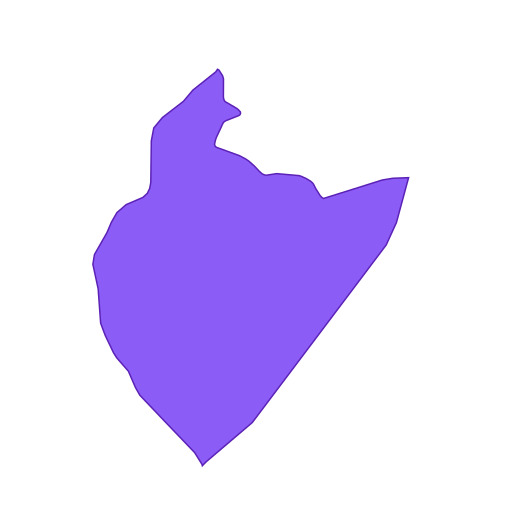 an SVG outline of Tozeur, rotated 346°
{"feature_id": "TUN-101", "entity_name": "Tozeur", "entity_type": "Governorate", "adm_level": 1, "iso_a3": "TUN", "parent_name": "Tunisia", "parent_adm1": "", "projection": "mercator", "projection_center": [7.997, 33.974], "detail": "fine", "context": "isolated", "style": "filled", "palette": "violet", "viewbox_px": 512, "rotation_deg": 346, "n_neighbors": 0, "source": "natural_earth", "source_scale": "10m", "svg_char_len": 1101}
<svg xmlns="http://www.w3.org/2000/svg" viewBox="0 0 512 512"><g transform="rotate(346 256 256)"><path d="M153.2,446.5L153.2,445.1L148.9,431.9L127.4,394.3L109.6,363.0L107.2,354.4L104.3,336.9L96.2,321.1L94.3,315.3L90.5,296.7L89.0,283.6L94.9,249.6L95.7,224.6L99.6,215.5L105.7,209.1L117.0,197.3L123.9,188.2L131.6,180.2L142.5,174.7L160.4,171.8L165.7,168.9L169.2,164.7L171.7,159.2L182.3,118.9L187.8,107.0L198.7,99.0L223.1,88.3L234.8,79.8L261.5,67.6L263.8,65.5L265.0,66.6L267.2,73.0L267.3,76.3L262.8,94.0L262.7,96.6L263.3,98.6L273.2,108.3L274.3,109.8L275.7,112.4L275.5,113.9L274.7,115.0L273.3,115.6L259.8,117.4L258.5,117.7L257.3,118.2L256.0,119.3L246.0,131.7L244.5,134.1L242.8,137.6L242.9,139.5L243.8,140.9L264.3,154.7L269.6,159.5L272.0,162.2L276.1,168.2L279.5,174.3L281.8,177.7L283.1,178.8L284.4,179.7L285.6,180.1L296.1,181.1L317.2,188.4L318.9,189.4L323.6,193.1L327.3,196.9L328.5,198.7L329.2,200.3L330.3,205.1L332.9,213.0L334.2,215.3L335.5,216.5L397.1,212.8L407.7,213.7L423.0,216.9L400.3,257.6L385.0,276.8L212.1,416.7L157.9,443.6L153.2,446.5Z" fill="#8b5cf6" stroke="#5b21b6" stroke-width="1.5"/></g></svg>